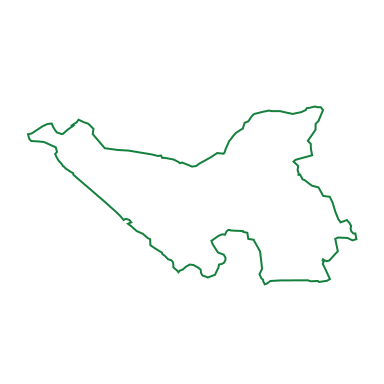 Mayo-Belwa, Adamawa, Nigeria, rotated 92°
{"feature_id": "59680162B66628176907248", "entity_name": "Mayo-Belwa", "entity_type": "district", "adm_level": 2, "iso_a3": "NGA", "parent_name": "Nigeria", "parent_adm1": "Adamawa", "projection": "equal_earth", "projection_center": [11.944, 8.94], "detail": "fine", "context": "isolated", "style": "outline", "palette": "green", "viewbox_px": 384, "rotation_deg": 92, "n_neighbors": 0, "source": "geoboundaries", "source_scale": "gbopen_adm2", "svg_char_len": 3290}
<svg xmlns="http://www.w3.org/2000/svg" viewBox="0 0 384 384"><g transform="rotate(92 192 192)"><path d="M128.5,334.6L129.1,338.9L131.5,343.6L139.1,354.3L140.0,357.9L144.7,356.4L146.7,354.4L146.8,347.8L147.2,341.8L148.8,337.7L150.8,333.0L152.1,329.7L156.7,328.3L158.8,330.1L161.5,328.8L165.2,326.5L167.1,324.6L169.4,322.5L170.6,322.0L171.2,320.8L173.2,318.8L174.2,316.9L176.0,314.2L177.4,311.3L178.8,311.2L179.8,310.1L187.8,300.1L206.8,276.4L207.1,276.1L210.5,272.1L213.6,268.3L215.5,266.1L218.9,262.5L222.4,259.3L221.6,258.3L221.2,256.8L222.1,253.6L224.4,251.6L225.1,253.1L226.0,254.9L228.8,250.9L233.0,245.9L235.5,239.6L239.6,234.7L240.6,232.2L246.7,231.7L250.1,226.2L253.5,220.1L255.1,219.4L256.6,217.1L260.0,213.6L260.9,210.3L263.0,208.5L265.5,208.1L268.0,208.0L270.7,204.5L272.7,202.7L271.0,201.5L269.9,198.6L267.0,195.6L264.6,191.8L264.9,188.0L267.2,183.5L269.2,180.7L272.9,180.0L275.2,178.5L276.2,174.8L276.9,173.3L275.9,170.8L273.9,166.1L269.6,164.3L266.8,163.0L263.6,162.5L262.8,159.5L261.5,157.5L258.9,156.2L256.4,156.3L253.5,158.1L251.6,163.9L243.5,169.5L240.1,170.9L235.1,164.2L233.4,160.9L233.3,159.1L233.6,157.5L231.3,156.6L231.1,156.6L230.0,155.9L228.6,154.4L228.8,152.2L229.1,151.8L229.1,150.9L229.2,147.3L229.2,143.1L229.3,140.5L229.3,139.7L230.1,139.4L230.8,135.3L236.9,134.1L237.6,128.6L238.1,128.5L249.0,121.9L262.8,119.8L266.4,119.3L271.8,121.7L275.8,119.7L277.3,117.8L278.9,117.7L281.7,116.0L280.7,113.7L278.2,110.5L277.4,101.9L277.3,100.9L276.2,73.2L277.1,70.1L276.5,63.2L277.5,61.9L276.0,54.0L274.2,51.1L272.3,52.1L263.5,56.5L259.3,58.8L257.0,58.0L255.8,59.2L254.7,58.7L255.4,57.8L256.5,55.0L255.5,52.2L250.4,47.9L246.1,44.2L233.8,47.2L232.4,44.3L232.5,35.0L234.7,29.9L233.4,26.1L231.9,26.4L227.7,27.3L227.9,29.2L225.8,31.4L223.0,32.3L220.5,31.7L218.6,32.9L217.4,33.6L216.7,34.4L214.6,36.2L217.2,42.4L214.1,44.8L206.4,48.2L205.8,48.4L198.0,51.0L192.0,54.1L191.3,60.8L183.0,65.7L181.5,72.4L176.0,80.2L175.5,82.0L174.8,82.3L174.1,82.7L173.4,83.1L172.3,83.8L171.5,84.2L171.3,84.6L170.9,84.6L171.1,86.2L169.4,86.1L166.8,87.2L162.2,86.8L158.1,91.6L156.2,89.6L151.1,73.2L145.2,74.6L141.7,74.9L139.8,75.0L136.8,78.0L133.4,75.8L129.5,73.3L125.4,70.7L119.8,70.9L116.3,67.9L112.1,66.4L105.5,63.9L102.7,66.4L102.9,69.3L102.3,72.3L103.7,77.3L104.2,80.2L106.2,81.3L108.4,85.7L109.1,88.6L110.5,94.3L110.0,96.6L109.5,99.7L109.1,101.8L108.6,104.4L108.1,106.7L108.2,109.7L108.3,112.8L108.4,115.1L107.9,118.2L108.6,120.4L109.2,123.4L109.9,125.7L110.5,127.9L111.2,130.2L111.8,132.5L113.0,133.9L114.7,135.3L117.0,136.7L119.3,138.1L121.1,141.8L121.5,141.9L123.4,142.5L125.7,143.1L126.8,143.4L128.7,146.4L131.7,150.5L133.5,151.9L134.8,153.0L137.8,155.0L139.7,156.6L140.0,156.7L140.7,157.0L142.4,157.6L147.7,159.8L148.7,160.1L150.7,160.6L152.6,161.7L152.2,168.2L156.8,174.7L160.2,180.3L163.4,185.7L165.9,188.8L166.6,192.9L165.2,196.5L162.9,202.9L163.6,205.2L162.4,206.6L162.0,207.6L160.6,210.6L160.1,211.7L158.8,220.6L159.0,222.9L156.6,224.3L157.2,227.3L155.8,233.9L154.4,244.8L152.8,257.2L152.6,267.3L151.3,280.7L137.6,293.2L132.3,292.7L127.4,298.0L125.9,302.9L123.7,307.9L126.5,309.8L128.3,312.7L129.4,314.1L129.7,312.8L131.2,314.7L133.9,318.2L138.4,323.0L138.5,323.4L138.7,324.0L137.2,329.1L134.8,331.1L131.7,333.1L128.5,334.6Z" fill="none" stroke="#15803d" stroke-width="2"/></g></svg>